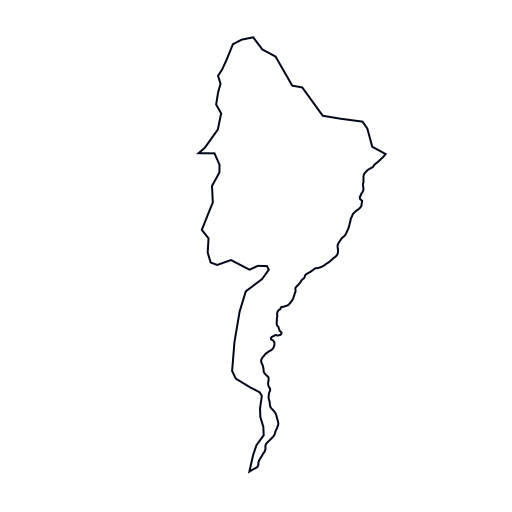 Satéma, Basse-Kotto, Central African Republic (orthographic projection), rotated 288°
{"feature_id": "33826404B54558554669564", "entity_name": "Satéma", "entity_type": "district", "adm_level": 2, "iso_a3": "CAF", "parent_name": "Central African Republic", "parent_adm1": "Basse-Kotto", "projection": "orthographic", "projection_center": [21.777, 4.375], "detail": "fine", "context": "isolated", "style": "outline", "palette": "ink", "viewbox_px": 512, "rotation_deg": 288, "n_neighbors": 0, "source": "geoboundaries", "source_scale": "gbopen_adm2", "svg_char_len": 3875}
<svg xmlns="http://www.w3.org/2000/svg" viewBox="0 0 512 512"><g transform="rotate(288 256 256)"><path d="M336.0,169.6L340.8,184.8L331.5,193.1L324.1,195.4L309.0,192.5L293.5,198.4L283.1,197.6L264.1,196.4L258.1,205.4L244.3,209.0L235.8,214.9L235.5,221.9L244.4,233.4L241.0,254.1L247.2,260.8L249.8,269.5L246.9,272.4L235.9,268.9L219.2,257.2L198.0,257.6L167.5,262.1L139.3,268.8L133.1,274.7L129.3,290.9L127.5,301.7L124.7,304.8L112.4,306.9L104.2,309.9L95.7,315.8L87.9,318.7L76.2,314.9L65.6,314.8L48.9,316.3L50.6,317.8L51.8,318.8L53.5,320.5L55.2,322.1L56.0,322.5L57.1,322.7L58.3,322.7L60.0,322.2L61.9,322.1L64.4,322.5L67.0,323.2L68.5,323.5L70.2,323.8L72.4,324.6L74.0,324.7L75.6,324.6L77.0,324.1L78.1,323.7L79.2,323.5L80.4,323.7L81.4,324.0L82.4,324.5L85.0,325.9L87.5,327.2L89.9,328.3L91.7,328.8L93.6,328.8L95.1,328.7L96.3,328.8L97.8,329.1L101.8,329.3L103.3,329.1L104.4,328.6L105.8,327.8L107.8,326.4L109.4,325.4L111.2,324.2L112.5,323.1L113.5,321.8L114.3,320.5L115.0,319.3L115.5,318.2L116.2,317.1L117.4,315.9L121.6,314.0L123.4,312.7L125.2,311.7L126.5,311.3L128.1,311.1L129.0,310.8L130.2,310.7L131.6,311.0L133.4,310.8L134.3,310.3L135.0,309.4L135.9,308.3L137.6,307.2L139.5,306.6L141.7,306.4L143.8,305.7L144.7,305.1L145.2,304.2L145.7,302.9L146.5,301.3L147.5,299.8L148.7,298.9L150.3,298.3L152.5,297.2L153.7,296.4L155.9,294.5L157.0,293.6L158.6,293.1L159.9,293.2L161.1,293.4L163.5,294.4L164.8,294.8L166.2,295.5L168.8,297.4L170.0,298.3L170.4,298.9L171.2,299.7L172.4,300.3L173.9,300.9L175.7,301.1L176.8,301.0L178.4,300.6L179.8,300.0L180.5,299.0L180.9,298.3L181.2,297.4L181.2,296.7L181.4,296.1L182.0,295.8L182.5,295.6L183.5,295.8L184.3,296.4L185.2,297.4L186.3,298.4L186.8,298.9L187.0,299.8L186.9,300.6L187.2,301.5L187.7,302.3L188.1,303.0L188.5,303.5L189.2,304.0L190.2,304.2L190.8,304.1L191.0,303.8L191.5,303.1L192.0,302.0L193.0,300.9L194.9,299.6L195.5,299.2L196.2,297.9L196.7,297.3L198.2,296.5L199.8,296.1L201.9,295.5L203.5,295.1L205.1,294.9L207.4,294.0L208.6,293.8L210.0,293.8L211.4,294.2L211.9,294.5L212.4,295.2L213.0,295.5L213.6,295.5L214.2,295.5L214.8,295.6L215.5,296.1L216.0,297.5L217.0,298.9L218.3,300.7L219.7,302.1L221.4,302.8L223.0,303.4L224.6,303.9L226.8,304.5L229.0,304.5L230.8,304.5L232.6,304.4L234.3,304.6L235.3,304.3L236.2,303.9L237.2,303.5L238.0,303.4L238.9,303.7L242.1,305.3L243.8,306.0L245.4,306.5L246.8,306.8L248.0,307.3L248.8,307.9L249.5,308.4L250.1,308.7L252.3,308.7L253.1,308.8L254.6,309.7L257.9,312.8L262.1,315.8L263.0,316.7L263.2,317.2L263.3,317.7L263.4,318.3L263.7,318.8L264.6,319.8L264.9,320.5L265.5,321.1L266.3,322.1L268.3,323.9L270.6,325.5L272.2,326.9L273.9,328.0L278.1,330.5L279.9,331.8L281.3,332.5L282.7,332.9L284.1,332.9L285.4,332.6L286.9,332.2L288.1,331.7L289.1,331.1L290.6,330.5L291.9,330.3L293.9,330.5L295.4,330.9L297.1,331.5L299.0,331.9L300.0,332.4L301.2,333.1L302.3,333.9L303.7,334.4L305.5,334.8L307.3,334.9L309.0,335.2L309.9,335.3L313.3,335.3L315.1,335.1L317.2,335.0L318.7,335.0L319.8,334.7L320.7,334.6L321.8,334.8L323.0,335.0L325.1,335.1L326.4,335.4L328.1,336.3L329.8,337.2L331.0,338.2L332.4,339.2L334.5,340.3L336.3,340.7L337.8,340.5L338.6,340.3L339.6,340.1L340.4,340.1L341.1,340.0L341.4,339.8L341.7,338.9L341.9,338.2L342.1,337.6L342.9,337.0L344.0,336.5L345.0,336.5L345.6,336.8L346.3,337.0L347.9,336.9L348.6,337.2L349.4,337.5L350.7,337.7L352.0,337.7L353.7,337.2L355.1,336.5L356.4,335.8L357.3,335.5L358.3,335.4L359.4,335.4L360.6,335.1L361.5,334.6L362.7,334.4L364.8,333.6L366.2,333.5L368.0,333.6L370.2,334.6L372.2,335.6L373.7,336.8L375.3,338.4L376.6,339.6L378.8,340.2L381.0,341.3L382.8,342.7L387.2,345.1L389.2,346.2L393.0,347.8L395.8,332.8L403.5,327.8L411.6,322.5L416.7,315.8L412.7,294.1L410.0,276.1L430.6,247.9L429.2,237.8L451.7,213.0L454.4,198.2L463.1,185.7L457.3,175.5L450.3,168.6L433.7,167.4L423.1,166.2L415.6,164.2L408.9,169.0L399.9,169.4L387.7,171.3L380.8,178.8L364.5,180.6L343.2,173.9L336.0,169.6Z" fill="none" stroke="#020617" stroke-width="2"/></g></svg>